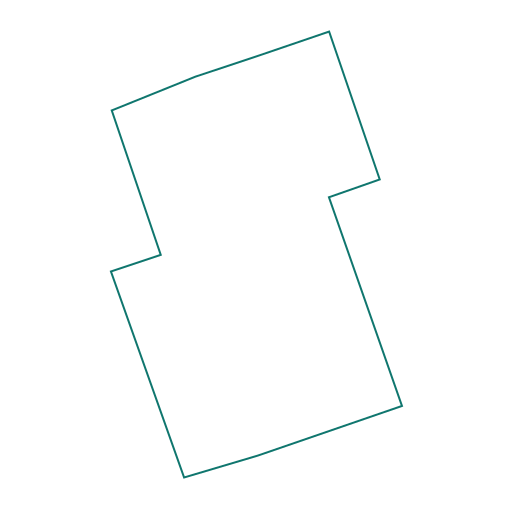 Kanabec, Minnesota, United States of America (orthographic projection), rotated 341°
{"feature_id": "52423323B26487213878868", "entity_name": "Kanabec", "entity_type": "district", "adm_level": 2, "iso_a3": "USA", "parent_name": "United States of America", "parent_adm1": "Minnesota", "projection": "orthographic", "projection_center": [-93.298, 45.945], "detail": "fine", "context": "isolated", "style": "outline", "palette": "teal", "viewbox_px": 512, "rotation_deg": 341, "n_neighbors": 0, "source": "geoboundaries", "source_scale": "gbopen_adm2", "svg_char_len": 305}
<svg xmlns="http://www.w3.org/2000/svg" viewBox="0 0 512 512"><g transform="rotate(341 256 256)"><path d="M167.0,71.4L166.3,223.9L113.8,223.4L115.9,442.0L192.8,445.3L345.2,445.3L344.1,224.2L397.9,223.9L398.2,67.6L321.7,67.4L257.1,66.7L167.0,71.4Z" fill="none" stroke="#0f766e" stroke-width="2"/></g></svg>